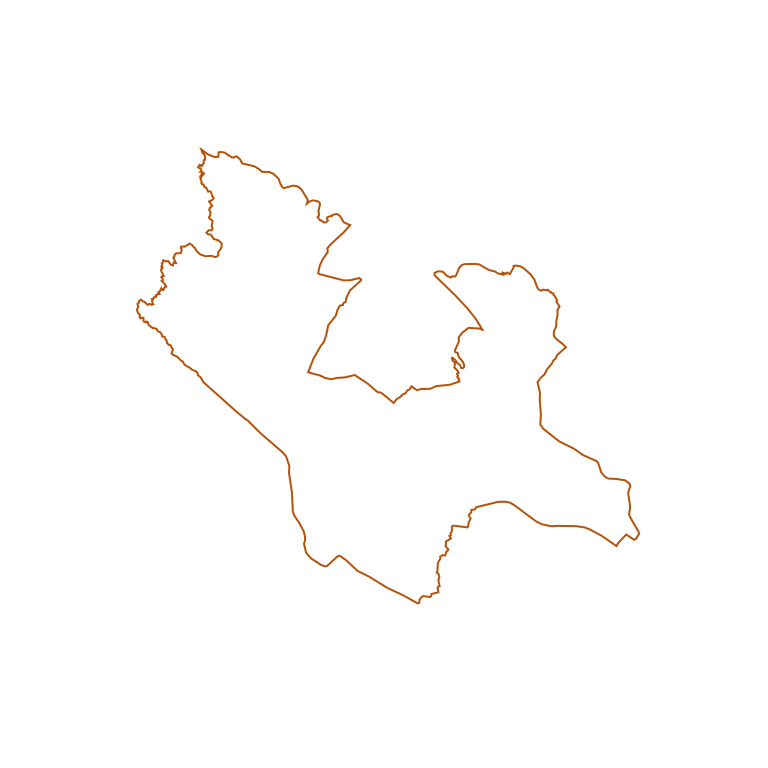 the district of Lindi, Lindi, United Republic of Tanzania, rotated 311°
{"feature_id": "72390352B7713188541433", "entity_name": "Lindi", "entity_type": "district", "adm_level": 2, "iso_a3": "TZA", "parent_name": "United Republic of Tanzania", "parent_adm1": "Lindi", "projection": "equal_earth", "projection_center": [39.517, -10.037], "detail": "fine", "context": "isolated", "style": "outline", "palette": "amber", "viewbox_px": 768, "rotation_deg": 311, "n_neighbors": 0, "source": "geoboundaries", "source_scale": "gbopen_adm2", "svg_char_len": 6163}
<svg xmlns="http://www.w3.org/2000/svg" viewBox="0 0 768 768"><g transform="rotate(311 384 384)"><path d="M267.6,203.7L267.5,205.5L268.9,209.8L268.5,214.7L268.9,217.3L267.8,220.5L267.9,222.3L268.7,226.1L268.9,230.0L270.3,233.8L269.9,236.3L268.5,237.9L268.8,241.1L266.9,246.2L266.3,289.9L266.6,301.9L267.1,305.1L265.8,323.8L265.9,352.0L265.2,357.5L259.9,366.5L254.7,370.5L241.8,385.6L227.9,398.9L225.7,402.8L223.7,410.9L220.1,420.1L217.0,424.5L214.6,426.8L210.8,428.5L205.5,436.0L204.5,443.3L206.2,455.4L207.8,459.3L209.1,460.4L223.5,462.0L225.0,462.8L225.5,464.0L226.2,471.6L225.6,486.7L228.9,499.4L232.3,520.4L237.2,537.4L240.5,553.3L242.0,554.2L244.7,552.3L248.4,552.2L249.8,552.9L253.3,558.4L254.5,558.8L256.7,557.6L262.5,561.7L265.1,558.4L266.2,557.9L267.9,558.6L271.9,553.4L274.1,552.8L275.3,551.6L276.5,549.5L276.2,547.6L278.6,546.5L284.2,542.1L289.4,541.0L290.6,539.6L293.5,540.7L294.7,542.7L298.3,541.1L300.4,541.4L301.5,540.8L301.9,537.1L305.7,534.1L311.2,535.8L312.3,533.1L313.6,533.7L315.2,532.0L316.4,532.2L320.2,529.9L320.9,528.7L322.6,529.2L330.4,540.9L331.4,541.1L334.9,538.8L339.3,537.6L340.2,534.7L341.2,533.9L344.4,534.1L346.2,532.5L348.9,534.9L351.5,534.4L370.0,547.5L375.0,553.1L377.0,556.7L378.0,561.3L380.1,588.8L381.6,594.9L386.5,603.8L390.5,607.7L402.9,622.5L407.4,629.5L409.2,634.5L412.2,647.5L414.2,665.7L417.8,665.0L429.3,665.6L430.5,675.0L433.0,675.7L438.5,674.7L439.6,672.8L445.2,656.6L446.5,654.4L452.8,650.4L462.3,639.4L468.5,636.9L469.9,634.8L469.4,629.0L464.8,621.7L459.9,615.5L459.3,613.6L459.1,610.0L459.9,605.7L464.9,597.5L465.3,595.1L460.9,580.8L459.8,569.8L455.6,553.7L454.7,533.2L456.0,528.5L463.8,522.5L474.7,511.5L479.6,507.6L486.1,498.7L491.0,498.2L497.0,498.8L502.3,497.3L509.7,497.3L512.8,496.4L515.7,496.9L519.2,495.6L531.1,497.2L531.4,491.7L531.0,484.9L531.2,482.5L532.1,480.2L535.4,477.6L540.0,476.4L545.0,472.4L549.9,469.8L553.8,466.3L557.7,465.6L559.1,460.3L560.8,459.8L561.5,456.9L562.3,455.9L562.4,453.5L563.5,452.6L562.6,450.9L563.0,450.1L562.5,449.5L562.6,445.8L561.8,445.7L559.5,442.1L557.7,441.6L556.8,438.9L557.2,436.7L561.4,429.1L562.9,422.2L563.0,413.3L562.4,410.1L560.6,406.8L558.3,404.3L556.7,405.4L549.5,406.9L549.1,404.0L547.6,404.1L547.3,403.0L546.6,403.0L546.0,400.3L545.1,400.5L545.3,402.5L544.8,402.6L542.0,396.9L541.9,394.3L538.9,388.5L536.7,377.4L534.5,374.1L527.6,366.4L525.1,364.8L521.2,364.5L513.5,367.1L511.7,367.1L510.2,364.9L508.1,364.6L506.9,360.2L507.4,355.3L505.9,352.4L503.9,350.5L501.1,349.3L499.2,350.8L497.6,379.7L495.9,396.8L493.2,411.2L489.5,422.6L488.4,419.6L481.9,411.0L474.1,409.4L468.1,409.8L465.1,412.7L455.8,415.5L454.9,417.1L455.7,419.1L453.4,422.9L452.6,428.1L451.1,431.8L449.0,433.4L447.7,433.1L446.8,431.8L448.2,428.9L447.9,426.1L448.9,422.0L448.8,418.4L448.0,418.2L446.6,420.3L446.6,423.8L442.6,426.2L442.4,430.1L441.4,433.0L439.6,432.5L438.7,434.5L437.6,434.5L436.9,435.9L437.3,437.2L436.0,437.9L435.5,439.3L426.9,434.4L416.9,425.0L410.7,422.0L404.2,414.9L400.9,413.0L400.3,406.2L397.2,406.9L394.5,405.8L391.2,406.3L388.0,404.8L384.9,404.8L381.1,403.4L376.0,403.8L375.7,389.6L375.2,386.8L373.9,385.0L373.6,383.3L373.6,371.8L371.6,356.1L363.0,349.9L358.2,344.9L353.0,341.1L349.9,335.5L348.5,330.4L343.1,319.1L356.7,314.2L371.2,311.3L376.4,311.0L383.0,308.3L391.7,303.4L404.0,302.8L409.4,300.3L414.2,299.3L416.7,301.2L418.2,300.3L421.1,301.1L423.8,299.3L432.2,296.9L447.1,298.7L447.9,297.9L447.6,295.7L440.2,290.5L435.8,285.7L424.6,263.2L424.5,261.5L431.2,257.9L437.2,256.1L447.0,254.8L449.1,252.3L453.9,252.1L473.2,254.2L481.7,254.2L479.6,247.5L482.0,240.4L481.4,236.9L478.0,234.3L476.8,234.1L475.7,234.9L476.8,234.1L472.7,231.9L471.8,232.0L470.5,234.4L467.8,234.2L466.5,232.4L466.3,229.4L465.6,228.6L466.5,224.3L467.9,224.5L469.9,223.4L471.1,221.3L477.7,217.8L478.4,216.6L478.5,214.4L476.2,210.2L475.0,209.3L473.1,208.1L469.5,207.5L472.2,206.3L473.4,204.4L476.4,195.0L476.8,191.2L476.2,188.6L474.0,185.2L466.0,179.8L465.9,178.2L466.9,174.9L469.7,169.7L470.1,162.8L468.8,158.4L464.2,152.9L464.1,147.8L463.1,142.9L457.5,132.4L459.1,127.9L459.3,124.1L458.6,122.8L456.4,122.1L455.2,120.4L454.0,111.6L451.7,108.2L450.2,107.2L446.9,110.0L444.2,107.4L441.8,100.3L441.1,92.3L439.5,95.2L439.2,98.3L437.1,100.9L435.6,101.7L435.1,101.2L434.0,101.5L432.2,103.3L430.4,102.9L429.4,103.7L428.6,103.1L428.5,101.1L425.6,101.4L425.8,103.4L426.4,103.9L425.0,106.6L424.1,106.4L424.7,107.1L423.9,107.9L424.9,109.0L424.7,110.1L422.4,109.0L421.7,109.0L422.1,110.0L419.6,109.5L419.8,110.8L418.2,111.1L416.9,114.0L415.8,114.3L415.3,116.0L416.1,116.8L414.8,119.6L415.6,120.9L413.8,125.1L415.0,125.9L415.5,127.4L413.1,131.2L412.4,133.6L409.9,133.6L407.0,132.2L405.8,137.4L402.8,137.0L400.8,137.8L400.0,140.0L398.9,141.1L397.0,142.3L395.2,142.3L394.4,144.0L394.7,147.1L394.3,148.0L390.2,150.2L388.4,153.1L387.1,153.2L385.0,150.8L381.6,150.8L381.5,153.0L383.2,155.3L381.7,160.2L383.8,164.9L383.6,169.3L380.3,171.8L374.5,172.5L372.9,174.2L370.9,174.5L369.2,173.5L367.3,169.4L363.4,165.6L361.2,160.3L361.5,154.3L362.7,152.5L362.4,151.1L362.9,148.4L362.5,145.2L357.1,143.6L354.5,140.7L353.4,141.5L352.9,143.0L350.1,144.7L349.3,144.6L346.3,141.5L344.4,141.0L343.2,142.0L341.1,142.1L338.8,147.6L337.5,145.6L335.0,146.9L334.2,144.5L335.3,140.6L333.6,139.1L332.5,136.2L330.5,137.5L329.1,137.3L327.0,139.8L326.5,139.2L325.8,140.8L325.2,140.4L323.6,141.0L320.9,146.8L320.1,145.9L318.5,145.9L318.6,147.1L317.4,148.9L316.0,148.5L315.7,152.6L314.6,155.8L313.2,155.0L310.1,155.8L309.6,155.3L310.3,153.1L307.1,154.0L305.2,153.5L304.7,155.5L302.5,153.8L301.5,154.3L301.0,153.8L300.2,154.8L298.4,153.5L297.0,154.0L296.1,153.2L295.9,154.2L294.8,154.1L293.1,156.4L292.8,157.6L291.3,156.6L290.6,154.4L288.6,153.7L288.9,149.4L288.3,148.5L288.2,145.2L285.7,144.6L284.8,145.6L282.7,145.4L281.1,147.9L277.8,148.8L276.0,152.5L276.0,154.4L273.7,156.2L274.1,157.5L275.5,157.9L276.1,159.1L273.5,161.4L274.2,163.9L275.2,163.6L275.6,164.3L275.7,165.3L274.2,167.3L274.4,172.7L275.4,173.8L276.4,176.4L275.4,178.6L276.2,180.8L275.9,182.5L275.3,184.6L274.4,185.2L275.5,187.7L274.1,190.6L274.3,191.4L272.5,193.4L272.4,196.0L273.3,197.7L272.0,199.9L271.8,201.9L267.6,203.7Z" fill="none" stroke="#b45309" stroke-width="2"/></g></svg>